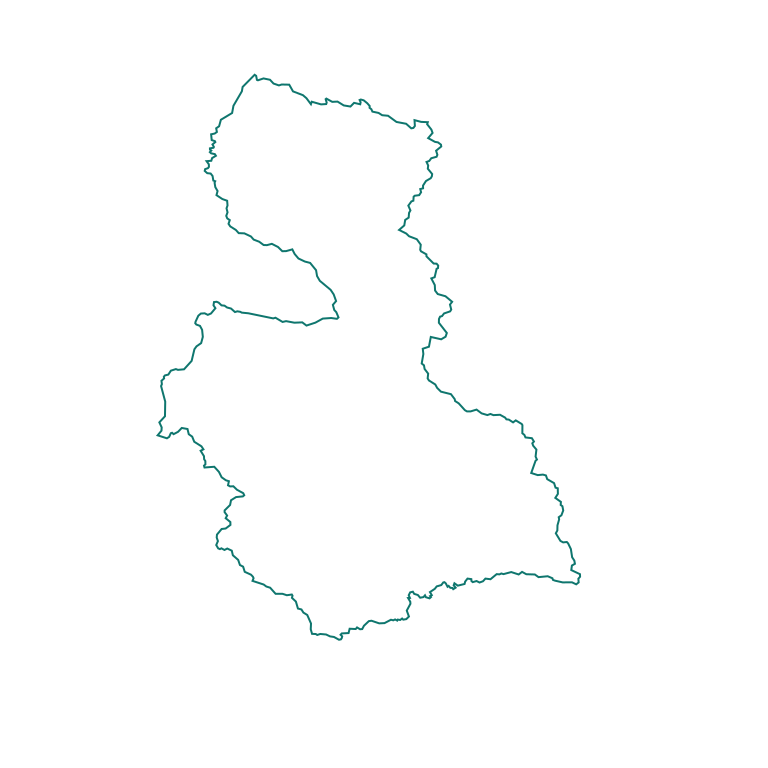 the district of Betong, Yala, Thailand, rotated 293°
{"feature_id": "78962969B29440700427684", "entity_name": "Betong", "entity_type": "district", "adm_level": 2, "iso_a3": "THA", "parent_name": "Thailand", "parent_adm1": "Yala", "projection": "natural_earth1", "projection_center": [101.211, 5.836], "detail": "fine", "context": "isolated", "style": "outline", "palette": "teal", "viewbox_px": 768, "rotation_deg": 293, "n_neighbors": 0, "source": "geoboundaries", "source_scale": "gbopen_adm2", "svg_char_len": 6166}
<svg xmlns="http://www.w3.org/2000/svg" viewBox="0 0 768 768"><g transform="rotate(293 384 384)"><path d="M618.1,144.1L602.2,137.8L597.9,138.8L581.3,136.7L574.1,138.3L563.5,130.6L556.8,131.5L553.8,129.6L550.7,131.7L548.4,130.3L546.3,127.3L541.2,130.1L541.5,133.4L540.8,134.2L537.5,132.5L535.7,134.8L534.8,134.7L532.9,131.7L531.8,132.2L531.4,133.8L529.4,133.1L528.8,134.7L529.5,138.5L528.4,140.1L524.8,137.5L522.0,137.8L519.8,133.6L517.8,136.9L515.5,138.0L513.9,137.6L511.9,135.4L510.1,135.7L509.0,138.9L510.0,142.2L508.5,144.9L504.6,147.4L504.7,149.4L503.1,149.4L499.3,151.8L496.6,155.4L492.4,156.0L491.1,162.9L491.4,168.0L487.2,170.2L484.2,170.4L480.9,172.9L477.1,173.1L475.2,175.0L474.6,178.0L470.7,178.3L469.0,180.9L467.9,187.5L466.1,191.3L468.1,196.6L467.8,203.9L466.0,207.6L466.2,213.5L464.9,218.9L466.1,222.0L469.2,226.0L468.7,232.9L466.5,238.5L468.1,242.0L472.1,247.0L468.8,250.9L466.1,256.2L465.8,263.3L466.6,268.7L462.2,277.0L457.2,280.2L453.9,284.6L449.8,298.1L446.8,302.7L441.6,307.5L436.9,306.0L432.7,309.3L431.5,312.0L427.5,316.1L425.6,315.2L424.1,309.6L420.3,302.1L413.7,296.9L407.5,289.8L408.8,284.7L405.4,277.5L403.6,269.3L401.5,266.4L402.6,258.2L401.1,256.4L396.1,231.5L394.1,225.1L394.3,223.6L393.6,220.6L392.0,218.7L393.7,213.7L393.1,209.7L393.8,206.6L392.9,203.7L394.3,200.0L394.3,197.8L393.0,195.5L389.8,196.3L387.9,199.2L381.3,197.2L378.8,194.8L379.0,191.3L377.3,187.9L374.3,186.4L367.8,186.2L366.2,186.5L365.4,188.0L365.6,191.9L362.8,195.4L356.6,198.8L350.2,199.7L345.4,196.7L341.9,195.9L330.1,197.9L319.4,194.2L316.5,188.8L316.4,186.6L313.0,182.6L308.4,181.8L306.3,179.0L304.7,178.5L303.2,179.4L300.0,177.9L297.1,179.6L295.0,179.6L282.3,189.5L268.7,195.0L260.9,192.2L257.2,196.3L254.1,197.4L248.3,195.7L249.2,205.4L251.4,206.9L255.4,207.0L256.3,208.0L255.6,209.9L259.5,213.1L264.5,215.0L265.8,220.7L261.5,223.9L260.6,228.0L256.7,231.9L255.3,240.3L253.3,243.3L250.9,241.3L247.2,246.5L244.5,247.8L243.2,249.7L240.2,251.0L238.5,250.2L237.0,251.4L241.5,260.1L238.6,266.4L234.7,271.0L233.6,276.1L233.9,279.2L229.8,280.0L229.6,282.4L231.0,285.3L229.2,290.0L228.5,297.1L227.0,298.8L225.4,298.0L222.1,292.0L217.2,288.6L212.5,289.6L205.4,286.7L203.8,287.3L201.6,291.0L198.6,290.7L196.9,296.5L194.3,297.7L189.1,294.7L187.1,291.2L180.1,289.1L177.3,290.0L174.5,292.5L170.2,292.5L167.9,295.6L167.9,297.5L169.2,298.5L168.9,302.0L171.3,304.0L171.1,309.0L167.3,311.8L165.1,318.5L161.1,322.1L160.8,325.7L156.7,329.2L156.5,336.1L155.4,338.6L154.3,339.8L151.4,339.9L152.4,351.6L151.6,354.8L152.0,358.8L148.5,366.2L151.2,372.5L151.6,377.1L154.2,381.4L153.4,382.5L151.2,382.8L149.3,387.9L143.7,392.5L144.2,396.1L142.1,399.1L141.4,403.6L135.0,410.4L129.6,412.4L125.9,415.4L127.2,418.9L126.9,420.6L129.0,423.0L130.8,428.6L130.6,433.0L131.6,436.8L131.0,442.5L132.1,444.1L133.6,444.4L135.4,444.1L136.2,442.0L137.9,442.6L140.9,448.7L145.3,448.0L147.4,453.7L149.4,454.3L148.9,457.8L149.9,459.7L153.6,460.0L159.8,462.7L161.2,465.0L161.8,473.1L164.1,477.9L169.7,482.5L170.1,484.9L171.6,486.2L171.4,488.6L172.5,488.7L173.1,491.1L175.2,492.3L174.6,493.8L176.3,496.4L179.7,497.8L184.3,493.5L192.0,494.2L193.8,493.3L196.4,489.8L197.2,491.4L199.2,489.3L202.4,489.5L204.1,491.7L202.6,493.8L203.0,497.6L201.4,500.8L203.3,503.6L205.5,504.3L204.1,505.9L204.5,509.7L206.2,510.5L206.8,509.3L208.3,510.5L210.4,507.6L215.3,510.8L218.3,511.6L221.3,515.3L224.5,516.1L225.2,517.1L224.6,518.8L222.2,521.7L223.4,522.4L222.3,524.7L223.0,526.7L222.2,527.9L224.5,529.5L225.9,526.8L228.1,526.7L227.2,530.7L231.4,536.3L233.8,535.9L237.5,536.9L238.5,540.6L236.8,541.5L236.3,543.1L238.8,546.2L238.6,549.5L241.1,552.2L244.5,553.4L245.9,558.3L253.0,562.0L253.9,564.7L255.4,566.0L255.7,568.3L260.6,574.6L261.3,582.4L265.0,584.5L264.5,589.3L267.6,597.3L266.6,601.7L271.0,609.8L271.0,614.9L269.7,616.1L269.8,618.3L271.2,626.0L274.9,634.5L274.7,639.2L277.4,640.7L280.7,639.0L283.2,639.8L285.5,638.7L285.9,629.1L290.3,627.9L293.1,630.0L295.8,628.2L298.0,624.9L305.1,620.5L309.2,615.8L310.0,614.0L308.2,610.8L308.5,607.7L313.7,600.5L316.9,600.8L321.7,598.9L327.9,598.1L329.6,596.9L332.5,598.6L337.6,598.4L341.2,596.0L341.7,593.9L344.6,592.9L346.1,586.2L350.8,587.0L355.9,584.7L355.6,582.4L359.2,579.3L360.2,571.4L363.1,568.8L362.7,565.7L360.2,561.1L359.6,554.3L372.5,553.5L374.2,554.3L376.4,551.9L383.2,549.9L385.5,545.4L387.4,543.7L389.6,544.5L391.9,541.3L390.1,535.1L392.0,533.1L392.7,530.6L400.2,527.5L401.0,526.4L402.0,519.5L399.1,517.8L400.0,512.8L399.3,510.5L400.4,508.6L401.0,502.8L398.1,496.9L398.0,493.7L395.8,491.3L395.1,485.3L396.6,479.2L392.6,474.4L391.2,471.1L391.5,468.7L395.4,460.3L396.1,456.1L397.7,455.0L400.8,449.6L399.2,439.4L401.2,434.4L403.6,431.4L404.8,424.0L406.2,422.0L410.8,420.6L413.7,415.5L416.8,413.5L417.6,410.7L427.0,408.5L431.6,405.9L435.9,410.8L445.6,408.7L447.5,419.2L451.6,422.2L455.5,421.9L461.8,410.6L465.3,409.2L467.9,409.3L469.2,410.9L472.4,411.7L476.7,416.5L478.8,416.8L482.9,413.7L486.3,414.6L488.8,406.3L487.8,398.3L490.0,394.5L494.9,392.1L499.7,386.3L502.1,388.9L510.6,387.4L511.8,388.4L514.2,387.6L515.3,385.4L514.3,382.6L518.1,373.2L519.9,372.4L520.6,366.2L521.7,364.9L526.6,363.4L530.1,357.6L529.8,349.3L531.2,345.7L531.7,337.7L537.9,340.7L543.3,339.4L546.8,341.7L551.3,340.2L554.1,340.5L557.7,336.7L562.8,337.9L564.2,339.4L568.0,338.1L569.3,338.7L571.6,342.6L575.0,343.2L577.6,341.2L579.4,343.5L581.9,342.4L587.2,343.3L591.7,346.6L593.8,346.9L596.1,346.3L599.3,340.2L602.4,339.3L605.0,336.4L607.0,338.5L610.3,339.3L613.7,343.6L615.8,343.6L619.1,340.8L625.0,343.9L626.6,342.9L627.5,339.3L626.8,336.3L627.6,328.6L634.1,330.6L636.7,328.2L640.0,322.2L642.1,322.0L639.8,315.8L638.8,309.0L633.6,311.6L631.2,311.0L630.0,309.2L632.2,302.7L630.1,293.1L632.5,282.9L630.7,277.3L631.4,273.1L630.2,266.9L632.0,265.0L632.6,262.8L634.3,262.2L635.9,258.9L637.2,254.5L636.8,251.5L635.9,250.6L634.2,252.4L632.2,252.8L631.1,246.6L626.3,244.7L624.7,238.1L625.8,230.9L623.5,226.1L624.2,219.4L623.4,219.0L620.6,221.3L619.1,221.4L616.8,216.8L615.6,207.2L613.0,207.4L616.8,200.9L618.2,196.5L617.8,185.9L622.5,179.8L619.7,172.8L617.8,170.6L617.4,164.9L619.5,160.2L618.2,153.7L614.3,149.3L614.3,148.2L617.7,145.9L618.1,144.1Z" fill="none" stroke="#0f766e" stroke-width="2"/></g></svg>